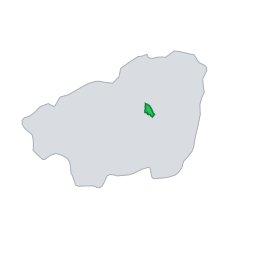 location of Ruepisa, Wangdi Phodrang, Bhutan, rotated 157°
{"feature_id": "84629894B47901648046717", "entity_name": "Ruepisa", "entity_type": "district", "adm_level": 2, "iso_a3": "BTN", "parent_name": "Bhutan", "parent_adm1": "Wangdi Phodrang", "projection": "equal_earth", "projection_center": [89.954, 27.397], "detail": "fine", "context": "in_parent", "style": "filled", "palette": "green", "viewbox_px": 256, "rotation_deg": 157, "n_neighbors": 0, "source": "geoboundaries", "source_scale": "gbopen_adm2", "svg_char_len": 3461}
<svg xmlns="http://www.w3.org/2000/svg" viewBox="0 0 256 256"><g transform="rotate(157 128 128)"><path d="M198.0,108.4L197.7,110.2L196.1,114.8L195.0,119.8L196.0,123.9L199.6,128.9L204.5,132.8L210.7,133.1L216.5,131.6L218.7,132.2L221.9,138.8L224.1,144.4L221.2,150.3L219.6,155.5L219.0,159.1L219.4,160.7L221.2,163.7L223.4,168.7L223.8,173.3L222.4,176.4L219.5,178.0L216.3,177.5L213.7,177.6L210.5,178.1L205.4,179.8L200.7,182.0L191.8,181.6L188.2,177.0L186.5,177.0L178.5,183.0L169.7,181.9L153.7,183.9L147.0,184.4L140.1,183.7L136.6,182.5L130.2,178.3L124.3,175.2L118.3,178.0L116.3,178.5L111.5,185.7L101.1,188.1L90.8,189.8L87.7,188.8L81.9,188.4L81.7,186.7L81.9,185.1L80.6,183.8L78.2,182.5L74.1,181.9L68.9,180.1L65.9,178.4L55.3,180.9L49.2,177.2L42.2,172.0L38.6,169.8L37.4,161.7L36.1,159.2L33.4,156.5L31.9,153.3L33.1,150.0L40.1,143.9L40.7,142.5L43.9,131.1L48.4,127.0L52.8,121.3L56.2,112.2L62.7,102.8L69.7,93.2L74.6,85.4L77.8,81.8L84.5,77.9L90.0,75.6L93.9,70.4L98.5,67.5L103.3,66.2L110.4,66.9L117.0,68.8L124.3,71.4L125.2,73.5L124.5,77.2L123.5,80.9L123.5,82.8L124.6,83.9L131.7,84.6L140.5,84.0L145.4,84.5L156.3,88.0L159.5,90.4L162.9,92.3L166.2,92.0L170.3,88.0L174.6,84.6L177.3,84.0L179.3,85.1L182.8,88.4L190.0,91.4L196.4,93.7L198.5,95.9L197.8,105.3L198.0,108.4Z" fill="#d9dde1" stroke="#a8b0b8" stroke-width="1"/><path d="M106.3,135.8L106.2,135.8L105.9,135.4L105.7,135.2L105.4,135.2L104.9,134.8L104.9,134.7L104.7,134.6L104.4,134.7L104.5,134.5L104.5,134.4L104.5,134.2L104.6,133.8L104.6,133.7L104.4,133.6L104.2,133.7L104.1,133.8L103.9,133.8L103.8,133.7L103.9,133.4L104.0,133.4L104.2,133.2L104.3,133.2L104.5,132.9L104.4,132.8L104.2,132.9L103.9,132.8L103.8,132.7L103.6,132.6L103.5,132.4L103.5,132.2L103.4,132.2L103.2,131.9L102.9,131.9L102.7,131.9L102.7,132.0L102.4,131.9L102.2,131.6L102.2,131.4L102.2,131.2L102.2,130.9L102.2,130.7L102.2,130.4L102.2,130.2L102.1,129.9L102.0,129.7L101.9,129.6L101.8,129.4L101.7,129.2L101.4,129.1L101.2,129.0L100.9,129.0L100.9,128.9L100.8,129.0L100.7,129.1L100.4,129.2L100.2,129.2L100.1,129.3L99.9,129.3L99.6,129.5L99.4,129.6L99.2,129.7L98.9,129.8L98.7,130.0L98.6,130.3L98.5,130.5L98.4,130.5L98.5,130.7L98.5,130.8L98.6,131.0L98.7,131.3L98.8,131.3L99.0,131.6L99.1,131.8L99.0,132.0L99.0,132.3L99.1,132.5L99.1,132.8L99.1,133.0L99.0,133.3L99.0,133.5L98.9,133.5L98.9,133.8L98.9,134.1L98.9,134.3L98.9,134.5L99.0,134.5L99.0,134.8L98.9,134.9L98.9,135.0L98.9,135.3L98.9,135.6L98.9,135.9L98.9,136.0L98.9,136.3L99.0,136.5L99.1,136.8L99.1,137.0L99.2,137.3L99.2,137.5L99.1,137.8L99.2,138.0L99.2,138.3L99.3,138.4L99.3,138.5L99.4,138.8L99.4,139.1L99.5,139.4L99.5,139.5L99.5,139.8L99.5,140.1L99.6,140.3L99.7,140.5L99.8,140.6L100.0,140.8L100.3,141.0L100.4,141.3L100.5,141.4L100.7,141.6L100.8,141.7L100.9,141.8L101.0,141.9L101.1,142.0L101.2,142.3L101.2,142.5L101.3,142.5L101.5,142.6L101.7,142.9L101.8,142.9L101.9,143.0L102.0,143.2L102.2,143.4L102.3,143.5L102.3,143.4L102.4,143.2L102.5,143.1L102.6,142.9L102.7,142.6L102.8,142.5L102.9,142.4L103.0,142.3L103.0,142.2L103.1,141.9L103.2,141.7L103.3,141.6L103.5,141.5L103.6,141.4L103.7,141.2L103.8,141.1L103.9,140.9L103.9,140.7L104.0,140.6L104.0,140.4L104.0,140.2L103.9,140.0L103.8,139.9L104.0,139.8L104.1,139.7L104.2,139.4L104.2,139.1L104.4,138.9L104.5,138.6L104.5,138.4L104.8,138.3L104.9,138.1L105.0,138.1L105.3,137.9L105.5,137.8L105.6,137.7L105.7,137.3L105.7,137.2L105.7,136.8L105.7,136.7L105.8,136.5L106.0,136.4L106.1,136.2L106.3,136.1L106.3,135.9L106.3,135.8Z" fill="#22c55e" stroke="#15803d" stroke-width="1.5"/></g></svg>